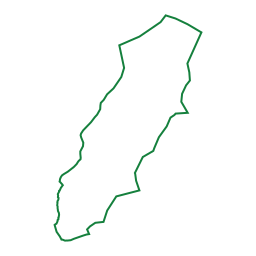 outline of Irepodun, Osun, Nigeria
{"feature_id": "59680162B77368104900520", "entity_name": "Irepodun", "entity_type": "district", "adm_level": 2, "iso_a3": "NGA", "parent_name": "Nigeria", "parent_adm1": "Osun", "projection": "albers", "projection_center": [4.504, 7.901], "detail": "fine", "context": "isolated", "style": "outline", "palette": "green", "viewbox_px": 256, "rotation_deg": 0, "n_neighbors": 0, "source": "geoboundaries", "source_scale": "gbopen_adm2", "svg_char_len": 1577}
<svg xmlns="http://www.w3.org/2000/svg" viewBox="0 0 256 256"><path d="M119.3,45.3L124.1,67.9L121.3,77.0L113.5,88.4L107.1,94.3L103.7,99.9L100.8,102.9L100.4,105.4L100.2,109.2L97.1,114.7L94.8,117.2L91.0,122.2L83.2,130.3L81.1,133.5L80.6,135.2L81.2,137.5L83.3,142.7L83.0,146.2L80.3,151.4L80.3,153.8L80.7,157.8L80.5,159.3L78.7,160.9L77.7,162.3L76.7,164.0L73.9,166.9L67.8,171.7L64.0,174.0L62.0,175.4L60.8,177.2L60.0,179.2L59.8,180.9L59.6,181.6L60.4,182.3L61.3,183.4L62.2,184.3L62.3,184.7L62.8,185.2L62.2,186.0L61.8,186.6L60.9,187.8L59.6,190.7L59.1,190.8L58.9,192.1L57.9,193.9L57.8,194.2L58.1,195.3L58.1,195.8L58.0,196.2L58.0,196.6L58.0,196.8L57.9,197.1L58.0,197.4L58.5,197.8L58.5,198.7L58.4,199.4L58.2,200.0L57.6,200.9L57.5,201.7L57.3,202.2L57.5,202.7L57.2,205.4L57.6,206.4L57.6,208.3L57.9,210.0L57.9,210.8L58.9,213.0L59.1,214.9L58.8,216.3L58.8,217.0L58.4,217.4L58.3,217.8L58.5,219.0L58.1,219.4L57.8,219.7L57.6,220.0L57.7,220.7L57.5,220.9L57.4,221.4L57.2,222.1L56.4,223.7L55.5,224.2L54.6,224.9L56.6,231.8L59.8,236.4L61.5,239.6L62.1,239.5L63.2,239.9L64.9,240.6L67.9,240.5L70.7,240.2L73.9,238.8L83.1,235.6L86.6,234.5L89.1,234.1L87.1,229.4L90.0,226.4L95.3,222.8L103.5,221.9L107.2,210.5L116.3,196.4L139.4,190.4L136.1,180.7L135.2,173.8L134.9,173.0L142.8,157.0L153.3,150.9L154.2,148.3L158.9,137.2L166.7,126.4L170.5,117.6L174.4,115.0L175.6,113.6L187.7,112.8L181.3,101.8L182.1,93.8L186.1,85.3L189.9,80.5L189.3,72.3L187.4,63.5L201.4,32.4L187.5,24.2L175.5,18.5L165.7,15.4L160.6,22.1L150.1,29.3L139.4,36.6L130.8,40.3L124.9,42.9L119.3,45.3Z" fill="none" stroke="#15803d" stroke-width="2"/></svg>